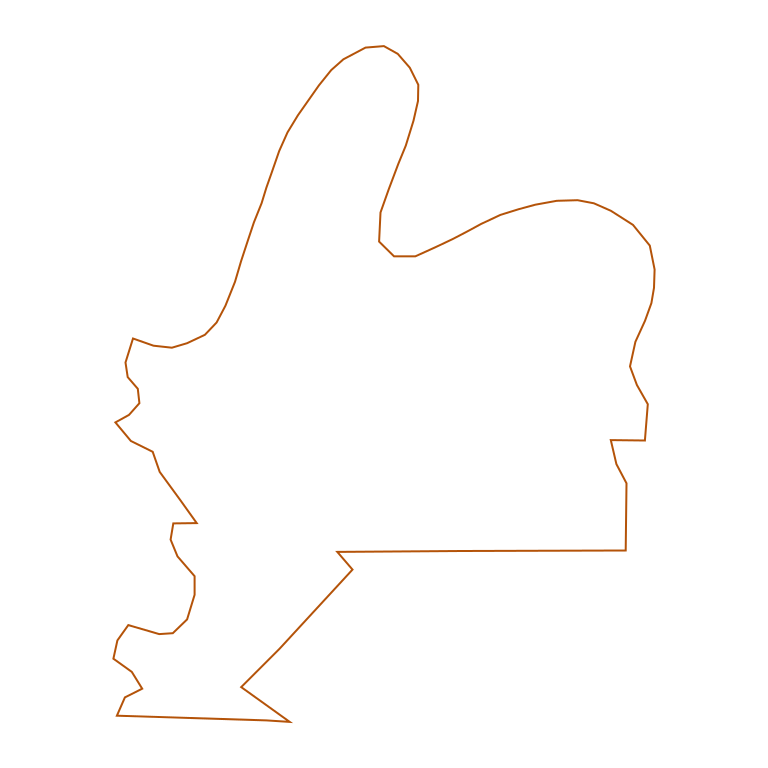 outline of Mariano Moro, Rio Grande do Sul, Brazil
{"feature_id": "56859067B96204382802981", "entity_name": "Mariano Moro", "entity_type": "district", "adm_level": 2, "iso_a3": "BRA", "parent_name": "Brazil", "parent_adm1": "Rio Grande do Sul", "projection": "orthographic", "projection_center": [-52.177, -27.34], "detail": "fine", "context": "isolated", "style": "outline", "palette": "amber", "viewbox_px": 768, "rotation_deg": 0, "n_neighbors": 0, "source": "geoboundaries", "source_scale": "gbopen_adm2", "svg_char_len": 1247}
<svg xmlns="http://www.w3.org/2000/svg" viewBox="0 0 768 768"><path d="M133.0,338.5L125.5,362.5L127.7,377.1L137.8,388.8L139.4,403.2L129.0,414.9L115.4,422.4L130.9,441.0L152.7,451.8L159.7,471.9L180.5,500.4L196.7,523.1L173.3,523.4L170.6,539.6L177.5,556.4L194.6,576.2L194.6,594.8L187.1,619.4L172.8,633.2L159.2,634.1L128.3,625.1L117.4,640.4L113.4,658.7L131.8,671.9L142.2,688.7L124.9,697.4L116.9,715.7L266.5,720.4L289.7,721.9L241.2,687.1L279.5,648.8L352.5,569.6L337.3,551.9L461.6,551.0L625.7,550.5L626.5,483.3L616.4,464.1L610.8,440.1L644.9,440.5L647.8,404.2L636.9,385.0L630.0,366.4L635.4,341.8L645.0,320.8L651.4,303.1L654.0,287.8L654.6,269.5L649.8,245.6L633.0,224.9L610.9,210.8L593.9,203.3L577.6,200.2L556.8,200.8L535.3,204.7L518.7,209.2L500.4,214.9L481.2,223.9L466.8,231.7L452.4,239.2L435.9,247.0L415.4,256.3L394.0,256.3L379.1,241.6L380.5,212.5L388.7,189.4L398.3,163.9L405.8,145.6L413.5,120.7L418.0,101.0L418.3,84.8L409.8,67.7L397.8,53.9L383.9,46.1L365.5,47.6L343.4,59.3L331.2,70.1L318.9,85.4L297.9,115.3L287.5,132.4L279.2,151.0L271.8,172.3L266.4,187.6L261.6,203.2L253.9,222.4L248.0,240.1L241.1,261.1L235.0,281.8L225.4,305.8L216.6,322.5L204.9,334.8L187.1,343.2L171.9,347.7L153.5,345.7L133.0,338.5Z" fill="none" stroke="#b45309" stroke-width="2"/></svg>